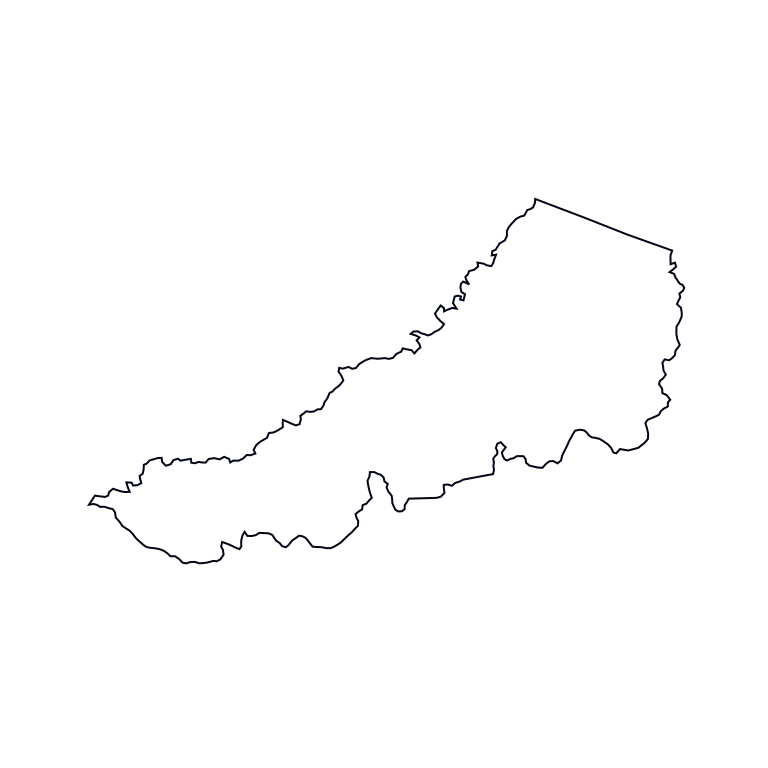 Colméia, Tocantins, Brazil (Mercator projection), rotated 78°
{"feature_id": "56859067B96092226018551", "entity_name": "Colméia", "entity_type": "district", "adm_level": 2, "iso_a3": "BRA", "parent_name": "Brazil", "parent_adm1": "Tocantins", "projection": "mercator", "projection_center": [-48.748, -8.892], "detail": "fine", "context": "isolated", "style": "outline", "palette": "ink", "viewbox_px": 768, "rotation_deg": 78, "n_neighbors": 0, "source": "geoboundaries", "source_scale": "gbopen_adm2", "svg_char_len": 5161}
<svg xmlns="http://www.w3.org/2000/svg" viewBox="0 0 768 768"><g transform="rotate(78 384 384)"><path d="M520.7,491.3L524.6,489.5L528.3,487.6L529.4,483.9L530.7,478.8L532.5,474.7L533.5,470.3L532.8,467.0L531.6,463.1L529.9,458.9L526.8,454.1L524.4,450.1L522.4,446.4L519.9,443.0L517.3,439.0L512.8,437.7L509.2,438.7L505.4,438.9L503.5,435.4L502.1,431.5L498.0,430.0L497.4,426.1L494.8,422.8L492.8,419.6L489.6,420.1L485.9,420.4L483.0,420.5L479.8,420.5L475.4,420.3L471.3,417.4L467.2,416.1L468.2,411.7L470.5,408.9L472.1,406.0L475.4,403.8L479.4,403.8L482.5,401.1L485.8,403.0L490.4,402.0L495.0,399.7L498.5,400.0L502.0,400.6L505.9,399.9L509.5,398.9L511.6,396.6L512.2,393.0L510.8,389.9L506.9,388.9L504.2,386.1L501.3,383.6L506.3,356.3L506.0,351.8L503.0,347.5L498.7,347.2L495.1,346.5L495.6,342.4L497.7,338.7L495.6,335.0L495.1,330.1L494.0,326.4L494.8,296.1L491.0,294.3L486.7,294.0L483.5,292.8L479.9,292.7L477.7,290.5L476.2,287.9L473.3,287.1L469.9,287.9L466.0,285.6L465.2,282.0L468.6,279.9L471.2,278.1L473.5,280.7L475.5,283.0L478.9,282.8L482.5,281.8L484.4,279.6L483.5,275.8L483.5,272.5L482.2,269.2L482.8,266.0L483.7,262.5L486.9,261.1L490.6,261.4L494.1,258.6L496.0,254.6L497.7,250.9L498.9,246.4L495.8,242.2L494.0,238.3L494.6,234.3L497.7,230.8L495.6,226.7L491.4,224.8L488.8,222.9L485.4,220.1L481.7,217.2L478.3,214.8L475.5,212.3L472.3,209.7L469.4,206.7L469.4,202.0L471.0,197.9L473.5,195.8L476.8,194.3L479.3,192.0L480.6,188.6L482.5,184.5L486.3,180.6L489.9,177.3L494.1,175.0L498.7,173.9L500.1,171.3L496.7,166.7L499.8,159.0L499.3,148.6L496.4,142.6L494.6,139.8L492.5,137.2L487.3,135.9L481.7,136.0L476.6,136.5L473.9,133.7L472.0,124.3L471.2,121.3L468.1,118.9L466.3,115.6L465.0,111.0L461.1,110.2L458.9,107.3L453.7,109.7L450.8,113.6L446.4,112.9L441.4,115.0L438.4,113.6L436.5,109.8L433.5,106.4L428.8,107.8L424.9,107.4L421.2,107.3L418.3,104.3L420.1,100.2L418.6,96.8L416.2,93.4L412.1,92.0L409.4,88.7L407.3,86.6L401.1,87.8L395.8,87.6L391.6,86.7L388.5,85.8L385.6,82.9L383.2,81.1L379.9,78.8L376.2,77.9L371.2,77.7L366.8,80.8L363.3,78.3L360.9,76.2L356.9,76.2L354.9,72.1L352.3,70.3L349.2,71.4L347.3,73.9L340.3,76.8L336.6,77.3L333.9,81.4L331.8,77.0L330.0,73.9L325.8,74.2L326.4,78.7L322.4,78.0L317.9,77.1L313.4,74.4L288.6,114.7L262.3,154.4L234.5,197.6L238.6,198.9L242.3,201.5L243.4,204.8L243.6,207.7L246.1,209.7L248.5,212.0L248.6,215.7L250.1,220.6L253.8,225.9L256.4,229.2L259.9,232.0L264.6,232.9L268.7,236.0L270.6,241.8L275.8,246.8L276.6,250.4L280.6,251.9L280.8,247.5L284.6,250.0L288.2,251.9L291.0,254.5L289.5,258.3L286.9,261.8L284.7,267.3L288.6,267.5L291.0,272.0L291.3,277.3L294.2,279.1L296.2,282.2L300.4,281.7L304.4,279.9L300.3,285.2L302.0,287.9L305.4,289.2L310.1,289.1L313.0,286.1L318.7,288.9L317.2,292.1L314.5,290.5L313.0,293.2L313.1,296.6L319.1,299.7L325.4,297.4L323.8,301.5L324.6,306.6L325.4,310.2L322.3,309.5L319.0,312.3L325.7,319.5L329.8,318.4L334.2,315.7L337.9,312.8L341.0,316.2L342.6,319.4L343.4,323.3L345.2,327.5L345.6,331.2L343.8,333.8L342.4,336.6L339.5,340.0L338.8,344.4L340.5,347.5L343.3,342.6L345.8,339.6L348.1,343.0L352.3,341.1L355.7,340.8L357.8,344.5L360.4,347.9L356.7,350.0L354.4,355.5L353.0,358.3L355.9,360.4L357.2,365.7L360.4,369.9L360.4,374.3L358.9,377.5L358.0,385.0L356.0,391.2L356.8,396.7L357.8,400.0L359.3,404.1L362.5,408.1L362.5,412.0L359.9,415.2L360.4,421.0L358.9,424.5L362.4,425.9L367.5,423.8L372.2,423.1L374.6,425.9L376.4,428.4L378.5,433.0L380.6,435.8L381.4,439.0L386.4,442.6L389.5,446.0L392.7,447.8L395.5,451.0L395.0,454.4L396.3,458.2L396.0,461.8L394.5,465.8L396.3,469.0L397.7,472.4L401.4,472.7L405.7,474.9L406.2,478.8L403.9,482.2L401.0,486.2L398.1,490.3L400.9,491.2L405.2,491.9L406.7,495.9L407.9,499.6L408.4,502.6L408.0,506.8L412.3,509.6L414.6,516.8L417.2,521.7L421.3,525.2L425.3,524.3L425.9,529.6L424.9,533.0L427.6,537.4L428.8,542.2L427.6,547.3L428.8,550.7L425.1,551.1L422.0,555.5L423.5,560.5L421.2,565.6L420.9,571.2L423.8,574.8L422.9,578.4L421.7,581.5L422.2,585.4L420.9,588.9L417.1,588.5L416.8,593.5L416.7,598.9L414.2,601.2L414.7,605.8L418.1,609.3L418.6,614.3L414.2,617.2L410.0,616.9L409.4,620.6L410.0,629.1L412.5,632.6L413.1,635.7L417.7,636.9L421.7,638.8L423.1,642.2L426.1,642.3L430.5,642.0L431.7,646.6L431.1,650.5L428.0,651.4L426.7,656.4L431.7,656.1L436.6,655.2L435.9,659.5L434.3,663.7L430.1,670.9L432.4,675.2L435.8,677.1L436.5,680.3L433.1,690.0L440.8,697.7L440.9,693.2L442.6,689.8L445.2,687.2L445.9,683.0L448.1,679.2L450.1,675.2L453.7,673.8L458.9,674.1L463.8,671.3L468.4,669.4L471.3,666.7L474.4,663.5L478.6,660.8L482.5,659.1L485.9,656.9L488.5,654.9L491.0,653.1L493.3,651.1L495.0,648.4L496.0,645.4L497.0,642.4L498.7,638.2L501.3,634.2L504.5,631.1L508.1,628.7L509.0,624.2L512.9,620.5L516.8,618.3L518.3,614.9L517.9,609.7L518.8,605.7L521.0,602.1L521.6,597.7L521.9,594.0L521.7,590.5L521.6,587.4L522.6,584.5L521.6,580.6L517.5,576.4L513.0,576.0L509.1,577.1L504.9,575.1L507.9,570.3L510.3,566.8L513.0,563.5L515.5,559.7L513.1,557.3L510.1,556.8L507.1,556.1L503.0,554.1L499.6,551.1L504.2,549.2L505.2,545.0L505.2,540.9L503.7,537.0L504.8,532.7L506.1,527.9L508.5,524.5L511.6,523.5L514.9,522.0L517.9,519.1L521.2,517.5L523.3,514.2L522.0,511.3L520.0,508.8L517.8,506.0L516.3,502.2L514.7,498.6L515.9,495.6L518.0,492.9L520.7,491.3Z" fill="none" stroke="#020617" stroke-width="2"/></g></svg>